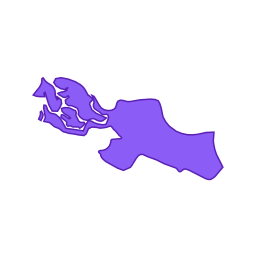 the border of Hồ Chí Minh city, rotated 144°
{"feature_id": "VNM-501", "entity_name": "Hồ Chí Minh city", "entity_type": "City", "adm_level": 1, "iso_a3": "VNM", "parent_name": "Vietnam", "parent_adm1": "", "projection": "natural_earth1", "projection_center": [106.809, 10.754], "detail": "fine", "context": "isolated", "style": "filled", "palette": "violet", "viewbox_px": 256, "rotation_deg": 144, "n_neighbors": 0, "source": "natural_earth", "source_scale": "10m", "svg_char_len": 3571}
<svg xmlns="http://www.w3.org/2000/svg" viewBox="0 0 256 256"><g transform="rotate(144 128 128)"><path d="M186.7,172.2L188.3,178.5L192.2,182.8L190.7,183.8L188.8,184.9L184.3,194.1L182.5,195.9L181.2,194.7L181.5,192.6L182.3,190.1L182.5,187.7L181.7,185.2L180.7,184.1L179.6,183.1L178.4,181.1L177.3,176.5L177.4,172.2L178.4,164.2L167.7,153.8L165.9,152.0L163.1,153.7L159.2,156.0L155.2,157.2L153.3,154.6L152.2,152.0L149.6,148.5L148.0,147.0L146.5,145.4L143.8,144.0L142.9,144.4L142.7,144.4L138.7,147.0L137.5,148.0L136.5,150.6L137.9,152.2L140.0,153.3L141.0,154.6L141.4,156.9L143.8,163.5L143.1,166.2L142.0,167.5L140.8,168.4L139.6,169.9L138.4,173.7L138.0,175.6L136.9,173.5L137.0,171.4L137.8,164.4L137.9,160.1L136.6,156.8L134.1,154.0L131.3,152.2L128.5,151.5L126.5,151.7L124.5,152.9L122.6,154.5L120.6,155.6L118.0,155.1L115.9,153.3L113.2,150.0L110.9,148.2L101.9,143.8L93.2,138.4L89.4,135.2L87.5,132.2L87.9,129.2L89.2,125.2L93.1,116.5L93.9,111.0L93.5,105.1L90.9,96.9L87.7,91.9L83.8,87.6L80.2,84.8L75.5,82.0L67.5,78.5L60.9,74.1L66.5,67.5L68.3,64.3L70.6,59.1L72.0,54.5L74.3,40.5L85.7,37.7L88.2,37.5L91.3,37.8L93.1,39.0L94.9,41.3L103.5,58.2L105.4,60.9L107.2,61.9L111.1,61.8L112.1,62.5L112.4,63.8L112.4,65.5L112.7,67.4L119.7,77.8L123.7,85.5L128.9,93.2L131.6,98.0L133.5,99.3L136.1,99.5L139.2,98.6L146.8,95.5L149.2,94.8L156.6,96.4L160.1,101.8L165.7,113.9L166.6,117.8L166.7,119.9L166.4,121.3L166.2,121.9L165.8,122.4L165.6,122.9L165.6,123.5L165.9,125.2L165.9,125.7L165.8,126.0L165.5,126.2L165.1,126.4L164.5,126.4L163.6,126.0L162.2,125.1L160.7,124.4L159.2,123.9L157.2,123.8L155.2,124.0L153.5,124.5L152.1,125.3L151.1,126.0L149.2,127.8L148.6,128.2L148.1,128.3L147.3,128.0L140.0,123.6L139.4,123.6L138.7,124.3L139.5,127.1L139.8,132.5L140.5,135.5L140.4,136.6L140.6,139.5L142.3,140.4L144.6,141.1L146.4,141.9L148.3,142.9L150.8,144.4L153.1,147.0L156.7,150.0L160.4,150.7L162.7,149.3L165.4,147.8L168.1,147.8L170.1,149.7L172.4,151.8L175.1,154.8L178.8,158.3L182.6,163.1L184.1,168.1L186.7,172.2ZM164.4,197.3L161.1,196.4L158.4,195.1L155.9,194.5L153.3,195.9L154.5,196.5L154.8,196.5L155.1,196.2L156.1,195.9L159.2,199.2L161.4,204.1L161.3,208.5L157.5,210.4L152.7,208.1L147.7,202.8L143.4,196.4L141.0,190.9L140.2,187.1L140.2,184.3L141.0,177.8L140.7,177.7L140.2,176.0L139.6,172.3L140.3,171.5L143.7,170.9L145.0,169.9L146.5,164.0L145.1,158.6L139.6,148.8L144.2,148.7L146.1,149.5L148.0,151.5L149.8,155.0L151.0,156.4L156.5,158.2L159.1,161.1L160.3,164.7L160.3,168.2L158.8,169.7L157.9,171.3L157.5,174.0L158.0,175.0L160.2,178.8L161.0,179.6L163.1,181.1L163.9,184.4L162.4,187.3L157.5,187.7L157.5,189.3L160.7,189.4L162.3,191.1L164.4,195.9L164.4,197.3ZM177.0,202.3L181.4,205.6L183.6,207.7L185.3,210.4L175.4,213.1L171.4,215.2L168.7,218.5L167.2,218.5L167.2,214.2L166.2,210.9L165.1,208.2L164.4,205.6L165.0,201.3L168.1,196.2L168.7,192.5L167.2,192.5L167.2,195.9L165.5,190.3L167.3,186.8L171.0,184.6L175.2,183.0L179.4,186.3L178.4,193.5L174.1,205.6L175.6,205.6L177.0,202.3ZM171.5,180.3L170.3,182.8L167.6,182.0L164.7,179.7L163.0,177.8L162.7,177.1L160.7,173.4L160.3,173.1L160.7,171.0L162.6,169.1L163.0,167.4L163.8,162.6L163.1,160.3L160.3,158.5L160.3,157.0L162.5,156.3L165.1,156.0L167.2,156.2L167.5,157.9L172.2,161.5L173.2,163.5L174.1,164.1L175.1,164.5L175.6,164.9L175.8,166.7L175.2,167.6L174.5,168.2L174.1,169.0L174.6,171.6L175.5,174.2L175.7,176.4L174.1,177.8L173.0,177.0L171.9,174.8L170.1,169.9L168.7,169.9L169.2,172.9L171.1,177.2L171.5,180.3ZM195.1,187.7L192.2,189.4L190.7,190.7L189.5,192.5L188.2,192.5L188.8,188.8L190.8,186.9L192.8,185.9L193.2,185.8L194.0,185.2L195.1,187.7Z" fill="#8b5cf6" stroke="#5b21b6" stroke-width="1.5"/></g></svg>